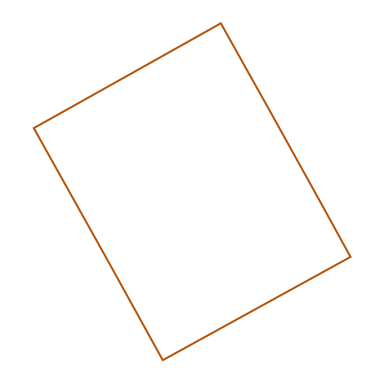 the district of Freeborn, Minnesota, United States of America, rotated 241°
{"feature_id": "52423323B49895412889329", "entity_name": "Freeborn", "entity_type": "district", "adm_level": 2, "iso_a3": "USA", "parent_name": "United States of America", "parent_adm1": "Minnesota", "projection": "albers", "projection_center": [-93.401, 43.674], "detail": "fine", "context": "isolated", "style": "outline", "palette": "amber", "viewbox_px": 384, "rotation_deg": 241, "n_neighbors": 0, "source": "geoboundaries", "source_scale": "gbopen_adm2", "svg_char_len": 446}
<svg xmlns="http://www.w3.org/2000/svg" viewBox="0 0 384 384"><g transform="rotate(241 192 192)"><path d="M125.8,299.4L129.8,299.4L132.6,299.4L136.7,299.4L138.6,299.4L156.5,299.4L169.6,299.4L226.4,299.4L245.5,299.3L272.1,299.2L325.6,299.0L325.3,245.4L324.8,138.3L324.6,84.6L166.3,85.1L59.1,84.9L58.4,299.2L72.4,299.2L90.4,299.3L98.5,299.3L110.3,299.4L111.9,299.4L125.8,299.4L125.8,299.4Z" fill="none" stroke="#b45309" stroke-width="2"/></g></svg>